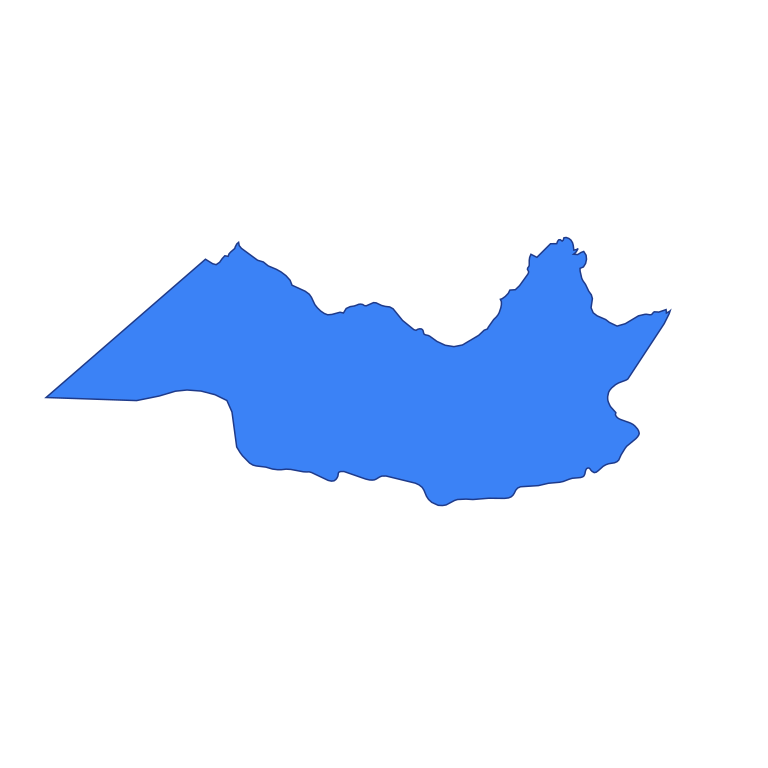 outline of Northern, rotated 319°
{"feature_id": "PNG-1256", "entity_name": "Northern", "entity_type": "Province", "adm_level": 1, "iso_a3": "PNG", "parent_name": "Papua New Guinea", "parent_adm1": "", "projection": "albers", "projection_center": [148.587, -8.98], "detail": "fine", "context": "isolated", "style": "filled", "palette": "blue", "viewbox_px": 768, "rotation_deg": 319, "n_neighbors": 0, "source": "natural_earth", "source_scale": "10m", "svg_char_len": 3555}
<svg xmlns="http://www.w3.org/2000/svg" viewBox="0 0 768 768"><g transform="rotate(319 384 384)"><path d="M331.1,172.7L333.6,180.8L335.6,183.8L339.8,184.3L344.2,183.2L348.0,182.8L350.1,185.4L352.4,184.1L354.9,183.8L360.3,183.8L361.5,183.0L364.8,181.7L367.2,181.7L365.5,184.6L365.4,188.1L369.8,207.7L373.0,212.7L374.1,218.9L378.0,226.8L379.8,231.8L381.1,237.9L381.2,244.1L379.4,249.1L385.4,262.3L386.5,267.2L386.1,271.0L383.9,278.7L383.7,282.8L384.1,287.4L385.2,291.6L386.9,294.8L390.3,297.3L397.9,301.0L400.0,303.8L405.0,302.2L409.2,303.4L412.7,305.6L415.5,306.7L417.1,307.2L418.7,308.3L420.1,310.0L420.6,311.9L421.8,313.3L429.5,315.7L431.3,317.6L433.7,323.1L435.9,326.3L438.9,329.6L440.2,333.2L439.7,348.2L442.2,362.6L443.4,364.5L445.3,364.8L447.1,365.7L448.3,366.9L448.7,368.2L448.4,369.6L447.3,371.6L447.0,372.7L447.4,373.9L449.3,376.5L449.9,378.0L451.9,386.6L455.6,394.9L461.3,401.7L468.8,406.0L487.4,409.4L494.9,409.1L498.1,410.3L500.1,409.5L509.1,407.3L512.6,407.1L515.4,406.6L517.8,405.7L522.2,403.1L524.6,401.2L526.6,398.9L527.4,396.4L529.0,397.1L532.9,397.5L537.3,397.1L540.6,395.7L545.0,399.0L550.8,398.7L564.5,395.5L565.7,395.0L566.7,394.3L567.0,393.6L567.5,391.5L568.6,390.7L570.1,390.4L571.4,389.8L574.8,385.9L577.0,384.0L580.0,382.5L582.5,388.7L601.7,387.4L606.4,391.4L608.6,390.2L610.4,389.8L611.7,390.7L612.2,393.0L613.7,393.0L615.7,391.7L617.6,392.9L619.0,395.4L619.5,398.0L619.0,401.0L617.8,403.5L615.1,407.5L616.2,408.1L617.1,408.6L618.0,409.0L619.4,409.1L616.0,410.3L614.3,410.5L612.2,410.4L615.1,413.4L619.0,414.0L621.7,415.0L621.0,419.4L618.7,422.7L615.2,425.3L611.3,426.5L607.8,425.3L606.1,427.4L602.6,433.9L601.9,436.5L601.4,441.1L599.4,448.3L599.0,452.7L597.3,456.3L590.3,462.3L588.6,467.5L589.6,472.4L593.6,480.8L594.5,485.4L597.9,493.2L605.7,496.8L620.8,499.5L626.5,502.5L627.8,503.5L630.0,506.1L631.0,506.9L632.0,507.1L634.4,506.7L635.4,506.9L638.1,509.5L638.3,509.9L645.7,512.9L643.7,515.7L647.0,516.5L647.9,516.5L645.2,518.1L635.0,522.3L571.3,540.2L569.4,539.9L561.8,537.1L558.3,536.4L553.2,536.3L550.3,536.8L548.1,537.6L544.5,540.3L543.2,541.8L542.2,543.2L541.4,545.0L540.3,548.6L540.1,550.2L540.2,557.7L538.4,559.1L538.1,560.5L538.0,562.2L538.4,564.0L539.2,565.9L544.4,575.2L545.4,577.9L545.8,580.3L545.8,584.4L545.3,586.6L544.3,588.6L543.1,589.5L540.9,590.2L538.3,590.5L526.3,590.2L523.5,590.8L516.5,593.0L511.3,595.4L508.9,595.5L506.3,594.7L501.3,591.6L498.5,590.5L495.4,589.9L488.9,590.0L486.3,589.8L484.5,588.8L483.7,586.5L483.6,584.7L483.8,583.1L483.6,582.0L482.9,581.2L481.4,580.8L480.1,581.2L478.6,582.1L476.7,583.6L475.2,584.3L474.1,584.6L473.0,584.4L472.0,584.0L470.9,583.5L464.3,578.7L461.2,577.3L455.4,575.2L452.1,573.4L443.0,566.8L433.9,562.0L419.6,551.1L416.6,550.2L413.7,550.6L410.9,551.8L408.6,552.5L406.1,552.6L403.3,551.7L399.9,549.4L388.2,539.0L375.3,529.5L370.4,524.7L363.7,519.4L360.9,518.2L351.5,516.0L348.4,514.1L345.3,511.1L342.4,504.7L341.9,500.4L342.4,496.6L344.5,490.3L345.0,487.1L344.3,483.2L342.6,479.4L325.2,454.8L322.0,452.1L319.7,451.3L315.6,450.6L313.8,450.0L312.2,448.9L310.2,447.0L307.8,443.7L296.4,423.8L293.8,421.6L292.4,421.0L291.2,421.2L288.9,423.2L287.2,424.0L285.1,424.5L282.8,424.3L280.6,422.8L278.6,420.1L271.2,403.2L269.9,401.2L268.0,399.7L265.5,397.3L257.6,387.3L254.2,384.0L250.4,381.4L247.4,378.8L244.0,375.0L240.3,369.2L233.8,362.0L231.9,359.2L230.7,355.5L230.1,345.4L230.4,341.4L231.5,334.9L250.9,305.4L254.6,293.4L249.5,281.3L241.3,269.3L231.4,259.3L221.9,252.6L206.5,245.6L186.4,234.2L120.1,172.5L331.1,172.7Z" fill="#3b82f6" stroke="#1e3a8a" stroke-width="1.5"/></g></svg>